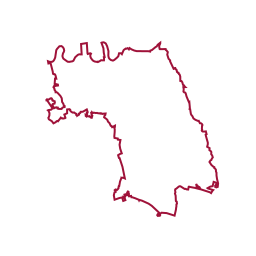 outline of Somes-Odorhei, Salaj, Romania, rotated 255°
{"feature_id": "2599482B11823092224624", "entity_name": "Somes-Odorhei", "entity_type": "district", "adm_level": 2, "iso_a3": "ROU", "parent_name": "Romania", "parent_adm1": "Salaj", "projection": "equal_earth", "projection_center": [23.214, 47.334], "detail": "fine", "context": "isolated", "style": "outline", "palette": "rose", "viewbox_px": 256, "rotation_deg": 255, "n_neighbors": 0, "source": "geoboundaries", "source_scale": "gbopen_adm2", "svg_char_len": 5805}
<svg xmlns="http://www.w3.org/2000/svg" viewBox="0 0 256 256"><g transform="rotate(255 128 128)"><path d="M49.9,194.7L53.8,196.8L52.7,198.5L51.6,199.5L50.6,198.4L50.0,198.3L50.0,198.0L49.8,197.8L49.8,197.4L49.6,197.2L48.6,197.1L48.6,197.4L47.8,197.9L47.9,199.4L51.2,200.7L55.7,200.8L59.2,201.2L62.0,201.9L63.1,201.7L65.0,202.1L66.3,201.6L67.0,201.0L67.9,201.2L68.3,200.6L70.7,199.0L74.1,197.9L75.3,199.2L75.5,200.2L76.6,201.0L77.7,202.3L79.7,202.2L81.2,201.6L83.0,202.2L83.8,202.2L85.6,200.9L87.4,201.6L89.4,199.6L91.5,200.8L93.1,201.3L100.5,201.2L101.5,201.3L101.7,202.3L104.6,202.3L104.6,201.7L105.3,199.2L105.9,198.7L106.5,198.6L107.2,199.2L107.9,199.1L111.0,200.1L111.1,200.4L111.7,200.7L112.8,200.4L113.6,199.8L114.0,198.7L116.6,198.2L116.6,197.6L118.5,195.2L120.3,193.7L122.7,193.3L124.5,192.5L125.5,192.4L130.1,192.9L130.4,192.4L131.6,193.0L136.8,193.9L136.6,193.6L143.3,192.7L146.6,192.7L147.4,192.4L148.0,191.4L148.8,191.0L151.2,191.9L153.1,192.0L152.7,193.9L153.5,193.4L154.6,193.2L155.4,192.3L158.1,192.3L159.5,191.8L159.6,191.2L159.9,190.7L164.2,191.8L166.3,191.7L166.8,191.2L168.2,191.1L168.4,190.5L169.4,190.2L169.6,189.8L171.4,190.0L172.2,189.4L173.7,189.2L173.8,188.4L173.3,187.9L173.3,187.4L181.6,185.9L182.4,186.2L184.4,185.1L188.7,184.9L191.0,186.1L193.1,185.2L193.6,184.7L194.5,184.8L195.9,179.2L196.2,179.0L198.5,179.2L199.4,179.5L201.3,181.0L202.0,181.2L200.7,178.2L199.3,176.8L199.1,175.7L197.1,171.3L197.0,169.6L196.1,169.2L196.9,167.5L200.0,156.3L201.2,154.1L203.1,151.7L204.8,150.2L203.7,149.2L205.2,148.3L205.0,146.6L205.3,146.3L204.6,144.4L204.2,143.8L200.9,141.2L202.0,140.6L202.5,138.7L199.8,137.2L198.7,135.4L197.3,132.4L197.0,130.9L198.1,129.1L199.4,128.1L200.7,127.6L202.9,127.7L207.3,129.0L212.4,129.0L215.4,128.4L216.6,127.3L217.1,126.5L217.3,125.0L217.2,124.4L211.4,124.9L207.1,124.1L202.6,123.8L202.7,123.0L201.1,122.8L199.6,122.3L200.4,119.4L199.9,118.0L199.5,116.1L199.9,115.9L199.8,115.3L200.8,113.1L201.8,111.9L203.3,111.0L205.5,110.2L207.4,110.2L208.8,110.9L209.3,111.5L209.8,111.2L210.0,110.3L209.9,108.3L210.6,108.2L220.7,110.2L221.3,104.4L211.1,102.3L211.8,99.8L211.6,98.4L210.0,95.3L207.1,92.7L206.8,91.6L207.1,88.3L207.7,86.8L211.6,83.6L212.8,83.3L214.5,83.3L216.9,84.5L218.0,85.6L219.3,86.4L221.4,86.5L222.9,86.0L224.3,85.0L224.7,82.9L222.8,80.0L221.8,78.9L214.9,75.9L213.0,74.4L212.0,73.2L211.6,72.1L211.8,70.7L212.2,69.4L213.2,68.0L210.9,67.8L210.8,70.0L202.0,69.9L199.8,69.6L199.3,70.0L199.3,70.5L198.6,71.4L197.0,71.6L194.2,71.5L194.6,70.3L189.7,68.6L188.1,71.5L187.3,71.4L187.5,70.8L187.2,70.3L187.5,69.6L187.4,68.8L188.0,68.4L188.0,67.9L187.5,67.3L186.9,67.1L186.7,66.6L185.3,67.1L183.8,66.9L183.0,67.4L181.3,67.3L181.3,68.0L180.3,69.0L176.5,71.0L173.9,71.7L170.2,71.1L168.2,71.8L166.5,71.8L165.7,72.5L164.8,72.3L164.6,72.2L164.8,71.2L164.6,69.9L163.6,68.8L164.3,66.1L164.9,65.6L164.9,65.1L165.1,64.9L165.9,65.4L166.6,64.0L166.2,61.4L166.5,61.1L166.5,60.7L167.5,61.5L169.7,60.9L170.3,61.1L170.6,61.5L170.6,63.3L171.1,63.4L171.4,63.9L172.8,64.1L173.4,63.2L173.9,62.9L173.8,62.4L174.1,62.1L175.9,62.1L176.5,61.8L176.7,60.7L176.4,60.3L176.0,58.4L176.7,57.2L176.2,56.4L175.8,56.4L175.8,57.0L166.5,60.2L165.6,58.5L165.9,55.8L165.8,55.3L165.2,55.7L162.7,56.0L160.5,55.3L158.7,54.1L158.4,53.7L156.9,53.8L154.3,56.2L151.8,57.2L152.3,59.6L153.0,60.7L153.1,61.6L152.6,62.1L155.4,65.8L154.6,66.2L154.4,67.2L153.9,67.6L153.8,69.7L154.0,70.2L157.5,70.0L158.0,73.0L161.7,74.0L161.3,76.4L160.6,76.9L159.9,76.6L158.5,77.3L157.3,78.4L157.0,79.1L157.0,79.9L155.4,81.2L155.1,81.7L154.0,81.4L153.4,82.3L153.0,82.2L153.6,84.2L154.6,84.3L154.9,85.8L155.6,86.1L155.9,86.6L155.7,87.1L155.4,88.6L156.6,93.0L153.8,93.2L153.5,92.6L152.0,92.2L151.7,91.8L152.0,91.7L151.4,91.5L151.2,91.0L151.7,90.5L150.5,90.3L149.7,91.0L150.0,91.4L150.0,92.1L148.6,94.2L149.0,94.3L148.5,94.9L147.5,95.0L147.3,95.4L147.3,95.7L148.3,95.8L148.4,96.3L149.1,96.3L149.3,96.7L150.7,96.3L152.3,96.4L152.3,97.0L152.6,97.2L151.7,97.6L151.5,98.3L151.7,98.9L150.8,100.7L150.6,102.0L149.9,103.0L149.7,103.9L149.1,104.9L149.4,105.2L148.9,106.4L148.4,106.5L148.2,106.9L148.1,107.6L148.2,108.1L147.8,110.1L146.4,109.4L145.7,108.3L144.5,107.7L142.3,109.5L141.0,110.2L139.4,110.3L137.5,111.4L134.6,111.9L134.2,112.6L132.9,112.9L133.6,116.0L132.4,115.6L132.4,114.7L130.4,114.9L127.6,114.1L123.5,112.6L121.9,112.4L120.5,115.4L119.4,115.2L118.4,117.6L114.0,115.5L109.9,115.1L105.1,115.4L105.0,113.6L104.3,111.4L101.4,111.5L101.1,112.1L91.9,112.6L80.1,111.9L81.2,110.5L81.7,108.9L81.3,108.9L80.8,108.2L78.3,106.4L74.4,104.6L74.2,104.5L74.3,104.1L73.1,103.4L72.5,103.4L71.5,102.3L71.0,101.3L71.7,100.4L71.3,99.6L71.6,99.5L71.4,99.1L70.3,99.6L69.5,99.6L69.3,98.3L66.7,96.9L62.2,96.5L62.6,101.5L62.5,103.7L61.8,104.4L58.8,104.5L59.0,106.8L61.0,106.7L61.4,106.2L62.9,105.8L62.7,106.7L62.1,107.0L62.9,108.2L62.8,107.8L63.9,107.5L63.6,108.9L63.9,108.8L64.0,107.8L64.6,107.7L64.6,109.1L63.6,109.1L63.5,109.5L64.6,109.5L64.6,110.1L63.9,110.4L65.3,111.3L65.3,110.9L66.0,110.6L66.7,111.5L66.1,112.0L65.3,111.7L64.0,111.9L62.5,111.1L61.7,111.3L61.6,113.4L60.2,113.4L60.0,114.2L58.4,116.6L55.9,119.9L55.2,120.0L55.6,120.4L54.2,122.7L49.6,128.3L46.7,130.8L38.2,136.1L37.2,136.1L37.1,135.3L37.5,135.1L36.8,134.1L36.1,134.3L35.9,133.8L35.4,134.0L35.0,136.0L35.5,136.5L36.5,136.2L37.5,138.4L35.8,143.3L31.3,150.3L36.8,153.2L38.4,153.8L39.6,154.4L41.7,155.0L42.2,155.7L44.3,156.0L44.9,155.4L45.4,155.4L50.3,156.5L52.6,156.4L53.5,157.1L55.9,157.4L56.7,158.0L56.9,159.0L58.2,161.7L58.4,162.6L58.1,163.6L54.5,166.9L54.3,167.9L53.5,168.8L53.0,170.2L55.5,171.4L55.6,171.7L55.0,172.6L52.9,177.0L51.1,180.2L52.9,179.8L53.9,179.1L56.4,179.4L54.9,179.6L54.5,180.1L53.5,180.4L52.4,181.7L50.0,182.3L44.7,190.5L43.6,191.4L45.3,193.1L46.0,194.2L48.9,189.6L49.3,189.3L50.1,192.4L49.9,194.7Z" fill="none" stroke="#9f1239" stroke-width="2"/></g></svg>